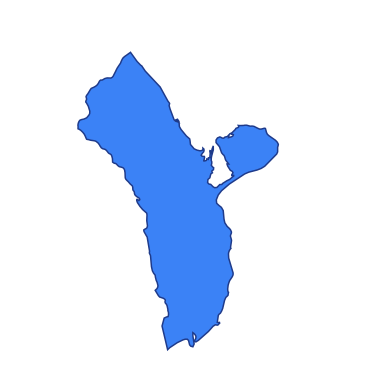 the State of Falcón, rotated 76°
{"feature_id": "VEN-23", "entity_name": "Falcón", "entity_type": "State", "adm_level": 1, "iso_a3": "VEN", "parent_name": "Venezuela", "parent_adm1": "", "projection": "albers", "projection_center": [-69.856, 11.252], "detail": "fine", "context": "isolated", "style": "filled", "palette": "blue", "viewbox_px": 384, "rotation_deg": 76, "n_neighbors": 0, "source": "natural_earth", "source_scale": "10m", "svg_char_len": 5517}
<svg xmlns="http://www.w3.org/2000/svg" viewBox="0 0 384 384"><g transform="rotate(76 192 192)"><path d="M41.6,217.9L52.1,213.7L56.6,211.1L57.4,210.3L63.4,208.1L82.4,197.5L97.9,193.4L100.6,192.3L102.7,193.3L106.1,193.2L117.6,191.9L119.3,190.8L120.9,188.2L120.0,188.6L119.2,189.2L118.6,190.0L118.2,191.0L117.9,188.5L120.3,187.6L125.5,188.4L128.7,187.5L136.3,183.9L139.9,181.4L141.8,181.5L145.5,182.0L150.6,179.5L152.6,177.0L154.0,174.2L154.1,172.4L153.9,171.7L153.2,171.0L152.1,170.8L153.1,170.1L154.4,170.2L155.8,170.9L156.6,172.1L157.5,173.2L158.5,174.2L159.6,173.7L160.1,172.7L160.5,171.4L161.4,171.4L162.6,172.0L163.5,172.4L164.3,173.0L164.7,173.0L164.9,172.1L164.9,171.1L164.8,170.4L164.4,170.0L163.5,169.7L163.6,169.2L163.7,168.9L164.2,168.3L162.8,167.8L163.0,166.4L158.8,165.0L156.5,164.8L156.2,164.5L156.6,163.9L157.4,164.0L158.8,163.9L158.0,163.1L156.9,162.7L155.5,162.3L154.4,161.6L152.4,160.2L156.2,161.1L158.9,162.6L161.6,164.1L163.3,164.9L164.2,165.2L165.9,165.7L167.6,165.5L169.3,166.0L170.7,166.8L172.6,166.0L173.7,165.1L175.6,165.8L176.2,167.4L176.9,167.8L178.3,167.5L178.9,169.2L180.5,170.2L182.5,171.2L183.7,173.5L186.7,174.6L188.6,173.4L189.1,172.0L192.0,170.3L193.3,169.0L193.6,166.7L191.5,163.3L191.9,161.3L191.1,160.2L189.5,155.4L188.9,152.4L186.5,147.6L185.9,147.6L185.6,149.4L184.8,149.2L183.9,148.2L183.2,147.6L181.9,147.9L181.0,148.6L180.5,149.3L180.1,149.6L175.5,151.1L173.3,151.3L173.7,149.6L169.8,151.4L168.6,151.7L165.7,151.8L164.2,152.1L163.2,152.8L161.1,153.8L154.7,154.4L149.9,156.7L147.4,156.1L145.7,154.2L145.3,151.7L145.7,151.0L146.9,149.7L147.3,148.9L147.4,148.2L147.2,147.7L146.9,147.3L146.7,146.8L146.7,144.1L145.6,142.7L145.4,142.1L145.9,142.4L147.5,143.1L148.1,143.4L148.0,140.6L147.8,139.4L147.3,138.6L146.3,138.0L145.8,138.7L145.4,139.9L144.6,140.7L144.2,138.9L142.0,135.2L141.5,134.5L141.1,134.3L140.8,133.8L140.6,131.7L140.3,131.1L139.7,130.8L138.6,131.0L139.1,129.6L139.9,125.9L140.0,124.4L140.4,122.8L142.2,119.6L142.6,117.6L143.3,116.0L146.3,112.5L147.4,111.0L147.7,109.3L147.6,106.4L148.1,105.4L152.4,105.3L154.2,104.9L155.9,103.8L162.0,98.5L164.3,97.2L166.6,96.7L168.0,97.3L169.3,98.1L173.8,99.2L175.7,100.7L184.6,115.2L185.9,119.3L186.4,123.5L186.5,132.2L187.2,136.5L193.3,153.8L197.9,163.0L201.3,167.3L205.5,170.3L208.9,170.8L211.4,169.2L214.0,167.2L217.6,166.2L226.0,167.5L229.8,167.6L233.9,166.2L236.6,164.4L238.3,163.7L240.3,163.4L241.3,163.7L243.3,165.1L244.3,165.4L247.7,165.3L248.7,165.4L255.0,168.0L256.2,167.9L256.8,168.9L258.1,170.1L259.6,171.1L260.9,171.6L265.0,172.4L280.5,171.7L282.3,172.2L283.9,173.4L287.1,176.9L289.1,178.3L291.2,179.5L294.6,180.8L296.2,181.1L297.6,181.2L298.1,180.8L298.7,181.1L301.0,182.1L301.5,182.9L302.5,184.7L305.0,186.6L312.4,190.4L314.6,192.0L316.4,193.7L317.1,195.2L318.0,196.3L324.6,199.0L325.0,198.0L325.2,197.6L325.2,196.9L326.0,196.9L326.3,197.5L327.3,199.0L327.3,199.6L326.5,201.5L327.4,204.1L331.3,209.8L337.5,221.7L338.4,224.5L337.6,225.8L336.8,225.3L335.8,224.4L334.5,223.5L332.8,223.1L331.6,223.4L330.4,223.9L329.4,224.6L328.7,225.2L332.0,226.0L340.0,226.7L342.4,228.6L341.3,230.5L339.7,231.3L335.2,231.3L333.7,232.2L333.2,234.2L333.3,236.5L334.6,242.7L337.7,251.4L339.1,253.8L314.8,253.5L307.6,249.5L307.1,247.0L307.1,245.3L305.4,244.5L303.4,244.0L301.3,244.1L300.0,243.8L296.0,243.7L295.3,243.9L294.5,244.1L293.4,244.7L292.3,244.8L291.6,244.6L290.6,244.1L290.0,244.1L289.3,244.5L288.3,245.4L287.8,246.1L286.6,248.0L286.1,248.8L284.4,249.7L278.5,251.5L277.2,249.2L276.6,248.8L276.1,248.3L274.7,247.7L271.3,247.7L269.0,248.1L265.5,248.1L264.4,247.9L263.8,247.9L261.4,248.9L258.9,249.5L254.7,249.4L244.0,247.7L243.2,247.7L241.4,248.1L240.8,248.1L240.2,247.9L239.7,247.7L239.1,247.5L225.0,246.4L224.5,246.5L223.3,246.9L218.9,248.1L217.9,248.1L217.1,247.9L216.9,247.4L216.7,246.9L216.6,246.3L216.3,245.3L216.0,244.7L215.7,244.3L214.1,243.4L208.8,242.8L203.7,241.3L202.4,241.1L201.5,241.1L197.0,244.2L193.3,246.0L189.1,247.5L188.0,247.6L187.1,247.7L186.4,247.6L186.0,247.4L185.8,247.1L186.0,246.7L186.3,246.4L186.7,246.2L187.5,245.6L186.9,244.6L186.5,244.5L185.7,244.6L185.2,244.8L184.7,245.1L184.4,245.4L184.1,245.8L182.9,246.9L181.5,247.8L180.6,248.1L179.7,248.2L179.0,248.1L177.8,248.0L177.1,248.2L176.2,248.7L175.5,248.8L174.9,248.7L174.2,248.6L173.4,248.4L172.0,248.4L171.3,248.6L169.5,249.9L166.5,251.4L165.1,252.3L163.6,253.1L162.7,253.3L161.9,253.3L157.1,252.3L154.4,252.1L153.4,252.3L152.7,252.5L152.3,252.7L151.9,253.0L151.6,253.4L151.0,254.2L149.8,256.5L148.4,257.6L146.7,258.5L146.0,259.1L145.5,259.8L145.4,260.4L143.8,261.8L140.3,261.1L137.9,261.1L136.3,261.4L135.6,261.9L134.7,263.0L134.0,263.6L131.3,264.8L129.9,265.7L129.2,266.7L128.4,268.2L127.2,269.3L125.1,270.1L123.6,270.5L121.7,271.3L119.5,273.0L118.7,274.3L117.6,277.0L117.1,278.1L116.2,279.6L115.7,280.8L115.3,281.5L113.8,281.8L111.8,282.1L109.7,282.6L107.5,283.6L105.1,285.1L103.8,286.4L103.1,287.3L101.0,286.7L99.5,286.5L97.7,285.7L96.1,284.5L95.2,283.3L95.0,281.6L95.1,279.2L94.5,276.2L92.5,273.5L91.2,272.3L88.8,271.6L83.6,271.9L80.2,272.8L79.3,273.2L78.9,273.3L78.0,272.9L76.5,271.8L75.0,271.7L74.0,271.8L73.5,271.5L72.6,270.7L71.6,269.4L67.8,265.6L67.1,264.7L66.7,262.5L66.6,261.9L66.1,260.1L65.4,258.5L64.7,257.5L63.8,256.5L62.2,255.1L61.6,254.3L61.3,253.5L61.6,252.5L61.6,251.9L61.5,251.4L61.0,249.8L60.8,249.0L60.8,248.0L60.8,246.8L61.8,243.1L61.4,241.6L60.7,240.6L56.2,236.7L55.4,236.1L53.5,234.4L49.6,230.1L48.1,229.1L46.2,227.5L45.1,226.3L44.2,224.5L41.7,218.1L41.6,217.9Z" fill="#3b82f6" stroke="#1e3a8a" stroke-width="1.5"/></g></svg>